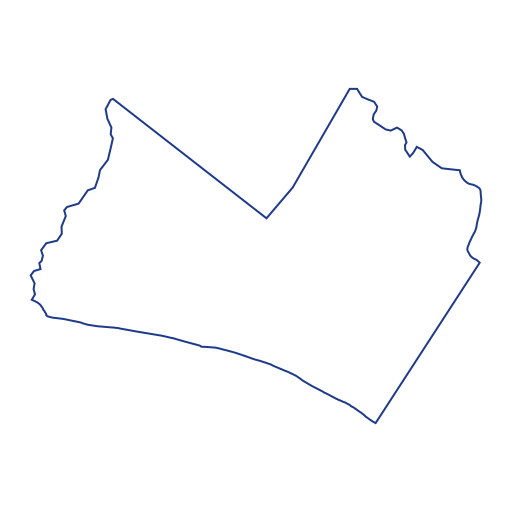 the district of Libertad, San José, Uruguay
{"feature_id": "84410073B36458141806664", "entity_name": "Libertad", "entity_type": "district", "adm_level": 2, "iso_a3": "URY", "parent_name": "Uruguay", "parent_adm1": "San José", "projection": "robinson", "projection_center": [-56.645, -34.648], "detail": "fine", "context": "isolated", "style": "outline", "palette": "blue", "viewbox_px": 512, "rotation_deg": 0, "n_neighbors": 0, "source": "geoboundaries", "source_scale": "gbopen_adm2", "svg_char_len": 2728}
<svg xmlns="http://www.w3.org/2000/svg" viewBox="0 0 512 512"><path d="M459.9,170.3L441.8,168.3L432.5,161.9L422.7,150.0L416.8,146.9L413.1,153.1L409.8,156.6L405.2,149.7L405.0,145.1L406.5,142.4L405.0,137.8L403.9,133.8L401.5,130.3L397.0,127.6L390.7,130.6L385.6,129.4L379.6,125.4L373.9,121.7L372.8,119.0L373.7,114.4L376.3,110.6L377.2,106.6L374.1,101.8L366.7,98.9L362.1,96.9L359.3,92.5L357.1,88.9L349.7,88.9L292.7,187.5L266.5,218.3L113.0,98.9L110.6,99.9L105.6,109.2L107.4,118.8L111.4,127.5L110.7,134.4L112.9,138.3L110.6,148.5L107.9,159.8L100.0,170.1L98.5,177.5L94.9,187.9L87.8,190.3L78.6,203.6L67.0,207.0L64.2,210.4L65.8,216.1L61.5,226.7L61.8,233.7L57.1,240.7L46.3,243.2L41.1,250.2L42.9,255.7L41.6,260.9L39.3,263.1L40.5,269.1L34.0,271.0L30.7,275.4L34.6,283.4L33.6,289.1L35.0,294.3L31.8,299.8L35.1,301.3L36.5,302.0L37.1,302.3L37.9,302.9L38.4,303.3L39.2,303.8L39.9,304.5L40.4,304.9L40.8,305.6L41.8,306.9L43.0,308.5L43.4,310.0L44.1,310.6L44.7,311.4L45.0,312.3L45.9,313.5L46.3,314.3L46.2,315.0L46.6,315.5L46.9,315.8L47.2,316.1L47.5,316.3L47.8,316.4L48.2,316.5L48.7,316.6L49.6,317.0L53.6,317.8L56.0,318.0L57.5,318.2L63.7,319.0L80.8,322.5L82.7,323.3L88.0,324.8L98.0,326.3L111.3,327.4L114.2,327.6L115.2,327.8L116.4,327.9L117.7,328.0L118.3,328.1L118.9,328.2L119.3,328.4L137.7,331.7L156.3,334.8L159.4,335.3L159.8,335.3L160.7,335.5L164.5,336.3L170.0,337.6L173.5,338.3L178.2,339.7L184.1,341.4L199.8,345.6L200.2,345.9L200.3,346.0L201.0,346.5L202.1,346.8L204.2,346.8L215.1,347.6L218.7,348.3L221.9,349.2L227.1,350.5L230.5,351.4L235.8,352.9L248.4,357.2L253.6,359.1L260.5,361.0L265.0,362.5L270.7,364.4L273.7,366.0L284.7,370.6L287.8,371.8L295.9,375.7L299.6,378.2L302.9,380.7L306.5,382.8L312.1,386.1L322.8,391.6L324.4,392.7L325.4,393.0L326.8,393.8L327.9,394.3L336.5,398.9L337.2,399.0L337.7,399.4L338.7,400.0L339.7,400.2L342.9,401.7L345.4,402.6L346.9,403.5L347.6,403.9L348.4,404.2L349.3,404.8L350.1,405.2L350.9,406.1L352.5,406.9L353.3,407.3L355.6,408.9L357.3,410.1L358.3,410.8L359.4,411.6L361.0,412.6L363.2,414.3L365.0,415.8L365.3,416.3L365.7,416.6L372.5,421.4L375.6,423.1L479.7,262.7L477.7,260.9L477.4,260.6L475.7,259.4L473.6,258.5L471.9,257.3L470.3,255.7L469.0,253.3L467.7,251.1L467.3,249.0L467.5,248.0L467.7,246.9L468.6,244.9L469.6,242.1L470.8,239.6L472.0,237.0L473.6,233.9L474.9,231.6L475.8,229.3L476.4,227.1L476.9,223.7L477.6,220.6L478.3,218.0L479.1,215.3L479.8,211.6L480.2,208.8L480.4,207.0L480.6,204.8L481.1,202.5L481.3,200.2L481.1,197.4L480.9,195.9L480.7,193.4L480.6,191.0L480.2,189.7L479.4,188.3L477.5,186.9L475.2,185.6L473.7,185.0L472.7,184.6L470.9,184.3L469.0,183.8L466.8,182.5L465.5,181.4L463.8,179.7L463.0,178.6L462.2,177.5L461.4,175.6L460.8,174.2L460.2,172.3L460.0,171.0L459.9,170.3Z" fill="none" stroke="#1e3a8a" stroke-width="2"/></svg>